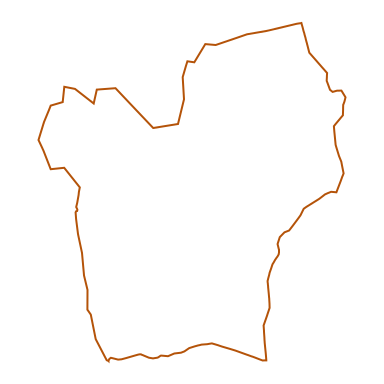 Um Rawaba, North Kordufan, Sudan (Equal Earth projection)
{"feature_id": "16777658B38678989817787", "entity_name": "Um Rawaba", "entity_type": "district", "adm_level": 2, "iso_a3": "SDN", "parent_name": "Sudan", "parent_adm1": "North Kordufan", "projection": "equal_earth", "projection_center": [31.53, 13.161], "detail": "fine", "context": "isolated", "style": "outline", "palette": "amber", "viewbox_px": 384, "rotation_deg": 0, "n_neighbors": 0, "source": "geoboundaries", "source_scale": "gbopen_adm2", "svg_char_len": 3224}
<svg xmlns="http://www.w3.org/2000/svg" viewBox="0 0 384 384"><path d="M266.3,360.4L266.3,360.2L266.3,359.8L266.2,359.1L266.2,358.7L265.8,353.9L265.3,348.9L264.7,342.8L264.6,341.1L264.5,340.1L264.4,337.6L264.0,331.8L264.0,331.0L263.6,325.5L267.1,315.5L267.4,314.5L267.7,313.6L269.6,307.9L269.5,303.7L269.3,300.4L269.2,298.2L269.1,297.6L268.8,294.1L268.1,286.9L268.1,286.6L268.1,286.2L268.0,285.3L267.9,284.7L267.9,284.0L267.7,282.6L267.6,281.4L267.6,281.2L267.6,280.9L268.0,279.4L268.1,278.9L268.3,278.1L269.2,274.8L269.6,272.8L271.2,268.3L272.5,264.3L273.7,262.4L275.2,259.7L275.5,259.3L276.0,258.6L276.3,258.1L277.5,256.5L277.9,255.8L278.7,254.4L278.7,254.1L278.8,253.5L279.0,252.7L279.0,252.3L279.0,250.5L279.0,249.8L279.0,249.6L278.8,249.1L277.6,244.2L277.7,243.6L279.8,237.1L284.5,232.3L285.3,232.0L289.1,230.5L292.2,226.5L294.0,224.1L298.7,217.8L300.5,215.3L303.7,208.8L303.8,208.7L306.5,206.8L319.3,198.8L320.6,197.8L325.0,194.4L328.1,193.0L328.7,192.8L331.1,191.8L336.4,192.3L340.8,180.8L342.4,176.3L342.6,176.0L343.6,173.4L343.5,172.9L342.0,165.4L341.3,161.7L340.3,159.2L339.0,156.0L336.4,147.5L335.7,145.1L335.6,144.6L334.3,131.2L333.9,126.2L335.3,124.4L341.2,117.3L342.9,115.3L342.9,115.2L342.9,114.7L343.0,112.6L343.1,109.3L343.1,108.1L343.2,104.8L343.4,104.4L343.7,103.6L344.4,101.7L345.0,99.4L345.5,97.3L345.4,97.1L343.5,94.0L341.8,91.2L341.4,90.6L340.9,90.6L336.9,90.7L333.0,91.8L332.6,91.9L330.3,90.0L330.0,89.8L328.8,86.5L327.3,82.4L326.8,81.2L326.7,80.8L326.7,80.4L326.9,76.9L326.9,76.0L327.1,73.0L327.0,72.9L323.5,68.9L321.8,67.0L320.6,65.6L319.1,63.9L317.7,62.3L316.5,60.9L316.4,60.8L312.9,56.8L311.5,55.2L309.3,52.7L309.1,51.9L308.2,48.4L307.5,45.6L307.1,44.2L307.0,43.6L306.5,41.9L305.8,39.3L305.5,37.9L305.4,37.5L304.5,34.4L304.3,33.4L303.5,30.9L302.6,27.3L301.9,24.9L301.4,23.0L300.7,23.2L299.8,23.3L297.8,23.6L296.6,23.8L284.9,26.6L270.6,30.0L266.2,31.0L247.0,34.3L236.6,37.9L215.7,45.0L205.3,44.1L194.3,62.3L187.4,61.3L185.9,66.1L182.7,77.1L184.0,99.3L178.0,124.0L153.2,128.0L136.3,110.2L123.9,97.1L115.5,88.2L96.8,89.6L93.7,103.5L75.0,88.9L64.3,86.8L62.7,102.1L50.7,105.6L48.9,110.2L43.9,122.3L43.8,122.9L43.7,123.0L38.5,140.0L42.4,148.3L42.5,148.6L43.4,150.5L50.0,167.4L50.7,169.2L50.8,169.2L64.2,167.8L79.8,187.4L78.9,192.0L78.6,195.0L77.2,202.9L76.2,207.0L77.0,208.7L77.4,209.8L77.1,211.0L76.1,211.3L75.6,212.4L76.1,219.0L78.0,234.0L78.2,234.9L78.2,235.0L82.0,252.9L83.9,274.1L84.0,275.4L87.5,289.9L87.4,309.7L87.5,309.8L90.8,314.6L95.7,339.1L104.8,356.6L106.7,360.2L108.4,360.9L108.5,361.0L108.5,360.9L108.5,360.7L109.4,358.9L110.9,357.8L111.2,357.9L112.2,358.1L118.1,359.6L121.5,359.3L124.5,358.5L126.0,358.1L127.4,357.7L135.0,355.5L138.2,354.6L139.8,354.3L140.9,354.3L141.6,354.7L143.0,355.2L143.4,355.4L148.9,357.7L153.0,358.4L154.1,358.2L157.3,357.7L158.3,357.3L159.3,356.6L160.6,355.7L161.5,355.6L168.0,356.2L174.3,353.5L181.0,352.7L184.4,351.4L189.2,348.1L194.6,346.4L198.2,345.4L199.3,345.2L201.6,344.6L207.2,344.2L209.3,343.8L211.9,343.4L218.0,345.2L219.1,345.6L222.1,346.6L230.3,349.0L235.5,350.6L243.0,353.3L246.6,354.6L248.1,355.1L251.6,356.4L252.4,356.6L254.8,357.5L259.7,359.4L262.7,360.5L264.1,360.4L265.1,360.4L266.3,360.4Z" fill="none" stroke="#b45309" stroke-width="2"/></svg>